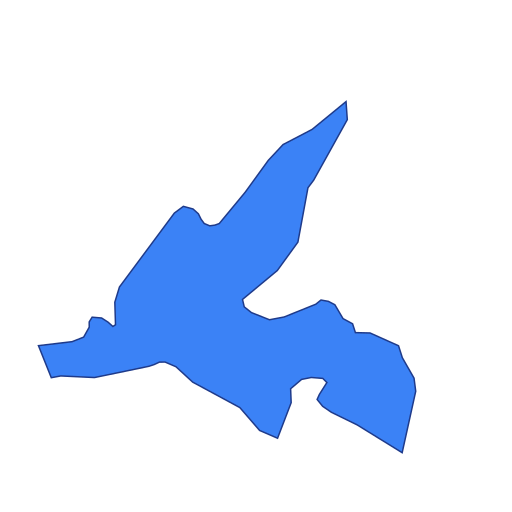 map outline of Kranj (Mercator projection), rotated 104°
{"feature_id": "SVN-1013", "entity_name": "Kranj", "entity_type": "Municipality", "adm_level": 1, "iso_a3": "SVN", "parent_name": "Slovenia", "parent_adm1": "", "projection": "mercator", "projection_center": [14.335, 46.256], "detail": "fine", "context": "isolated", "style": "filled", "palette": "blue", "viewbox_px": 512, "rotation_deg": 104, "n_neighbors": 0, "source": "natural_earth", "source_scale": "10m", "svg_char_len": 1041}
<svg xmlns="http://www.w3.org/2000/svg" viewBox="0 0 512 512"><g transform="rotate(104 256 256)"><path d="M413.0,383.3L419.6,416.4L423.6,425.2L395.6,445.4L383.6,413.7L376.4,403.6L365.4,400.6L360.3,401.9L355.0,400.2L353.5,390.8L356.0,383.5L359.0,377.8L356.7,375.7L335.0,381.8L319.1,381.0L234.1,345.6L225.4,338.5L225.6,328.5L229.0,322.1L233.6,318.2L237.0,314.1L237.9,308.2L236.0,303.4L233.4,299.5L196.7,281.9L160.2,267.2L141.3,256.7L119.6,232.2L84.4,206.0L101.6,200.4L168.5,218.4L177.2,222.1L232.4,218.7L264.9,231.8L301.4,258.6L308.2,255.1L312.0,246.8L314.6,227.5L308.4,214.0L288.3,186.3L283.0,182.3L282.5,174.8L284.2,167.7L295.7,156.4L298.4,145.9L306.3,141.0L303.1,126.7L308.6,96.0L319.3,89.4L336.3,73.1L348.6,68.3L411.5,66.6L395.4,117.0L389.4,145.1L385.7,155.0L380.4,162.0L374.9,161.0L361.6,156.6L358.6,161.6L360.5,173.0L364.7,181.9L376.4,190.3L389.8,186.4L427.6,191.0L424.4,210.3L407.0,235.0L393.7,286.9L382.8,306.9L380.9,318.5L382.3,324.0L386.0,328.6L388.9,333.2L413.0,383.3Z" fill="#3b82f6" stroke="#1e3a8a" stroke-width="1.5"/></g></svg>